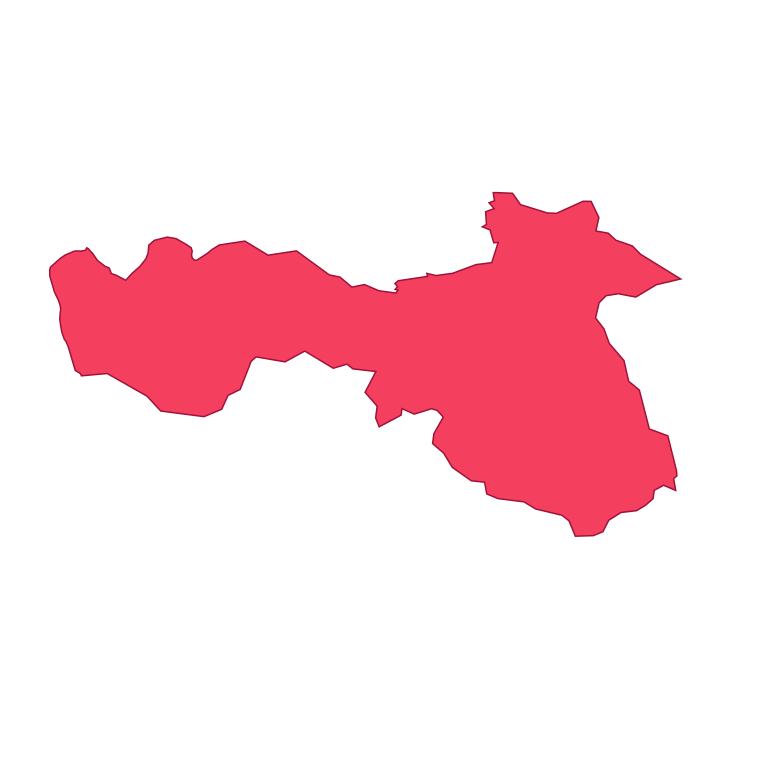 the district of Gostivar, Gostivar, North Macedonia, rotated 350°
{"feature_id": "65306769B11113266730381", "entity_name": "Gostivar", "entity_type": "district", "adm_level": 2, "iso_a3": "MKD", "parent_name": "North Macedonia", "parent_adm1": "Gostivar", "projection": "orthographic", "projection_center": [20.801, 41.759], "detail": "fine", "context": "isolated", "style": "filled", "palette": "rose", "viewbox_px": 768, "rotation_deg": 350, "n_neighbors": 0, "source": "geoboundaries", "source_scale": "gbopen_adm2", "svg_char_len": 2187}
<svg xmlns="http://www.w3.org/2000/svg" viewBox="0 0 768 768"><g transform="rotate(350 384 384)"><path d="M563.8,569.7L573.9,567.5L581.8,557.1L595.2,551.7L610.8,552.6L620.3,548.9L629.0,543.7L631.7,535.6L641.8,532.3L652.8,539.5L652.8,527.5L656.5,525.4L657.0,520.5L654.5,484.3L637.5,474.4L634.4,434.3L625.4,423.8L624.4,402.6L612.9,383.2L610.2,367.9L603.8,355.7L610.0,341.3L618.1,335.6L630.4,335.8L647.1,342.1L669.6,333.5L694.4,332.1L659.2,300.8L652.5,291.1L637.4,282.7L631.0,274.4L619.3,270.1L624.5,257.4L619.7,240.1L611.8,238.6L583.4,245.9L574.5,243.9L549.6,231.1L543.7,218.5L528.7,215.2L524.8,214.5L524.6,222.8L518.9,223.7L522.9,230.4L514.0,232.0L512.6,244.7L508.1,246.3L515.2,250.7L516.6,264.0L521.0,264.4L511.2,283.2L495.3,282.4L470.7,286.9L454.0,286.2L445.4,282.5L445.6,285.6L415.9,284.8L412.2,287.0L414.3,290.4L411.4,292.8L414.1,294.0L411.6,296.5L395.2,291.3L382.1,282.7L369.2,283.0L359.2,271.1L349.0,267.0L320.9,237.7L292.2,237.0L271.8,219.1L245.9,218.5L238.2,221.6L233.0,224.5L229.2,226.2L221.2,229.5L219.6,229.4L218.8,229.1L217.0,226.5L216.9,223.5L218.2,219.8L217.7,216.3L213.7,212.4L204.5,204.7L196.0,201.7L183.2,202.6L181.1,203.6L176.5,206.4L174.4,214.1L171.2,219.4L164.1,225.8L155.5,231.0L147.6,237.0L139.3,230.5L134.7,227.9L133.5,222.0L129.6,219.5L123.3,212.6L119.5,204.3L118.1,202.5L116.5,199.6L115.0,198.3L113.6,200.0L112.1,200.6L109.0,200.5L107.4,200.2L103.0,199.4L101.5,199.5L92.5,201.6L87.1,204.0L75.8,211.0L74.6,213.5L73.6,219.6L75.4,235.8L76.7,240.8L77.9,244.8L78.1,246.4L78.7,250.3L78.6,254.4L77.5,257.5L76.1,263.2L75.9,265.0L75.8,266.9L75.7,270.9L75.7,276.9L77.0,284.7L78.0,286.4L79.4,291.8L80.0,296.8L82.3,317.0L87.0,321.3L87.4,323.4L113.2,325.6L148.5,354.8L159.5,371.9L201.1,384.9L219.8,380.7L228.4,368.1L241.4,364.4L257.1,338.6L262.7,335.1L290.4,345.0L311.7,337.8L336.8,359.7L350.9,358.0L356.0,363.7L378.2,370.3L363.9,388.9L373.4,404.6L369.9,416.0L371.8,425.3L395.5,417.6L397.4,411.3L408.5,418.9L426.7,416.6L431.9,419.4L436.6,426.9L424.5,441.6L421.5,451.1L430.8,462.5L436.8,478.0L453.2,494.5L466.0,498.2L466.1,510.1L476.2,516.6L501.4,524.4L511.6,533.4L536.3,544.1L542.4,550.8L546.0,567.1L563.8,569.7Z" fill="#f43f5e" stroke="#9f1239" stroke-width="1.5"/></g></svg>